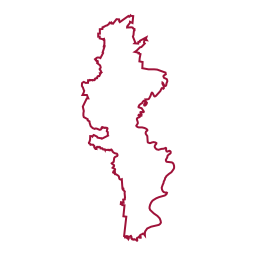 the district of Texistepec, Veracruz, Mexico
{"feature_id": "50627088B36629639951607", "entity_name": "Texistepec", "entity_type": "district", "adm_level": 2, "iso_a3": "MEX", "parent_name": "Mexico", "parent_adm1": "Veracruz", "projection": "natural_earth1", "projection_center": [-94.8, 17.777], "detail": "fine", "context": "isolated", "style": "outline", "palette": "rose", "viewbox_px": 256, "rotation_deg": 0, "n_neighbors": 0, "source": "geoboundaries", "source_scale": "gbopen_adm2", "svg_char_len": 5855}
<svg xmlns="http://www.w3.org/2000/svg" viewBox="0 0 256 256"><path d="M171.9,162.4L166.8,161.8L166.3,161.5L165.9,160.5L165.9,159.7L167.2,157.5L167.5,155.9L168.5,154.7L169.7,154.0L170.7,152.9L170.6,151.6L170.1,151.1L169.3,150.8L167.4,151.6L166.6,151.4L166.1,150.2L166.1,148.2L165.7,147.9L163.7,148.7L161.4,148.9L158.5,149.8L156.6,149.3L155.6,148.4L154.8,147.2L154.7,146.3L155.1,145.2L156.3,143.8L156.4,143.1L155.5,142.5L153.5,142.1L151.4,142.6L150.7,143.0L149.6,143.1L148.0,142.5L147.7,142.0L147.3,136.1L145.8,133.9L145.6,133.0L146.0,131.6L147.3,130.5L147.4,130.2L147.2,129.6L146.2,128.8L144.6,128.0L142.1,127.4L138.8,127.4L138.0,127.2L136.6,126.4L136.3,125.7L137.8,123.4L137.8,122.3L136.9,119.4L136.9,118.8L137.5,117.9L139.6,117.1L139.9,116.6L139.8,116.2L138.5,115.3L138.6,115.0L138.9,114.7L139.5,114.7L140.7,115.6L141.4,115.7L141.6,114.6L141.4,114.0L140.4,112.6L140.4,112.2L140.8,112.0L143.2,112.2L143.7,112.0L143.8,111.5L141.6,108.2L138.6,107.3L138.5,106.9L138.7,106.3L139.3,105.1L140.7,103.9L142.0,103.2L142.9,101.6L143.8,100.8L145.0,101.2L145.2,101.8L145.2,102.6L144.2,104.2L144.1,105.0L144.4,105.5L145.1,105.5L145.7,105.1L146.7,103.7L146.9,102.7L145.4,101.1L145.7,100.3L145.4,99.4L147.8,99.3L148.7,99.0L149.2,98.4L150.5,95.9L151.3,93.6L151.8,92.7L152.2,92.7L152.7,93.2L154.1,96.0L154.5,96.4L155.3,96.3L156.1,95.7L160.3,91.1L161.7,88.2L162.8,88.1L163.3,88.7L163.8,88.3L163.8,86.5L162.4,83.6L162.5,82.6L162.8,82.8L164.1,85.3L165.3,86.0L165.8,85.8L166.2,85.2L166.5,83.3L167.3,81.4L167.2,80.1L166.7,79.1L164.0,77.8L163.4,76.4L163.7,75.6L165.8,74.3L165.5,72.6L157.2,69.6L153.8,69.3L148.3,69.3L142.3,68.2L142.6,62.0L139.4,61.4L139.7,58.1L140.5,54.1L138.6,53.5L138.8,52.8L134.8,51.9L136.6,50.7L140.0,47.3L141.4,47.0L144.8,43.5L144.0,42.6L144.4,39.8L146.8,40.2L145.9,38.8L146.4,37.3L139.9,40.8L139.8,41.8L138.4,41.9L138.2,43.6L134.6,43.3L135.3,42.6L132.9,36.6L133.5,35.0L133.8,31.6L134.1,30.2L134.5,30.2L134.5,29.0L133.2,28.5L132.7,27.6L131.7,27.3L127.1,27.5L127.2,26.4L129.9,22.9L130.0,21.8L132.5,23.0L133.2,16.1L130.8,15.8L130.5,15.4L129.6,16.6L129.0,16.3L129.0,16.7L128.8,16.7L128.1,16.2L119.8,22.1L119.2,21.2L119.1,19.4L116.5,19.2L113.0,23.7L112.2,23.3L111.7,22.8L111.5,23.5L111.2,23.5L109.9,22.5L109.3,23.1L108.6,24.4L107.7,24.8L107.3,25.3L105.4,25.9L104.1,26.8L103.4,26.8L103.1,27.3L102.5,27.4L102.4,29.0L99.8,29.2L99.9,33.6L98.2,33.6L98.2,36.7L99.7,36.7L99.7,38.4L102.7,39.2L103.9,38.9L103.8,40.1L104.4,40.2L104.4,41.8L104.4,44.2L103.8,46.3L104.6,46.3L102.6,52.5L103.1,53.0L100.4,58.1L99.2,57.5L97.6,57.5L96.8,57.8L95.0,59.2L95.6,60.0L96.0,59.6L96.7,61.2L97.6,61.0L97.9,62.1L97.2,63.1L100.1,65.4L100.7,67.3L100.6,67.8L99.6,69.1L100.0,69.9L100.5,70.2L100.8,70.8L100.8,71.3L101.5,72.3L101.1,72.5L101.0,72.9L99.9,73.2L100.3,74.0L99.3,76.1L98.2,76.0L97.6,76.4L97.4,77.2L96.9,77.5L97.0,78.1L96.5,78.1L95.8,78.6L95.3,78.5L94.7,79.2L94.8,79.8L94.3,80.2L93.6,80.1L92.5,80.4L92.3,80.0L90.7,80.1L89.7,79.9L89.4,80.0L89.4,80.5L88.1,80.3L88.0,82.8L85.6,82.9L83.8,81.9L82.3,82.8L82.0,83.4L81.9,85.9L83.0,87.7L83.6,89.6L84.2,90.8L83.6,92.8L82.5,95.0L86.9,95.0L88.3,98.4L86.8,98.4L82.8,106.6L83.8,111.0L83.4,113.3L83.4,115.6L83.8,117.1L87.7,119.2L87.7,120.4L89.5,121.4L89.6,122.8L90.7,126.2L92.7,128.1L94.7,128.9L95.4,128.5L96.7,128.6L99.6,129.8L100.7,129.6L101.6,128.3L101.6,127.6L101.9,127.3L102.4,127.8L102.9,127.2L103.9,127.8L104.8,127.6L104.9,127.9L106.7,127.8L107.3,128.1L107.5,128.7L106.9,130.2L106.8,131.3L107.8,132.1L107.8,135.3L108.0,135.6L101.9,138.7L101.6,138.7L101.1,138.1L100.4,138.2L97.5,137.6L97.1,136.7L94.0,135.1L93.6,135.0L92.5,136.5L92.3,136.2L90.2,136.1L90.1,139.5L89.5,141.8L88.9,142.6L89.0,143.3L90.2,144.0L90.5,144.8L91.7,144.6L93.3,144.8L93.5,145.4L94.2,145.8L94.3,147.4L95.5,149.0L95.8,149.0L95.7,148.5L95.8,148.2L96.5,148.6L96.5,147.3L97.2,146.8L98.2,147.3L99.0,146.8L99.5,147.2L100.1,147.2L100.5,148.4L102.1,148.2L102.5,148.5L102.5,148.9L102.9,149.0L103.2,149.5L104.8,149.4L105.1,150.0L105.2,149.6L105.9,150.0L107.4,149.8L108.2,150.1L108.6,149.8L109.4,150.2L109.9,149.9L110.1,150.2L110.7,149.9L110.8,150.2L111.4,150.3L111.7,149.9L112.2,150.5L112.7,151.7L113.4,152.4L114.7,153.2L116.9,153.7L117.4,154.4L117.5,155.4L117.2,156.0L115.0,157.0L114.2,158.0L113.7,161.8L111.7,163.3L112.5,164.2L113.8,164.9L114.1,165.7L114.0,166.2L112.6,167.8L114.9,169.0L115.1,169.4L114.9,170.2L113.4,171.4L113.1,172.5L113.9,172.9L114.9,171.8L115.0,172.1L114.8,173.8L115.0,174.2L116.1,174.3L118.4,175.8L118.9,176.6L119.2,178.2L119.6,179.1L120.8,179.6L121.8,179.2L122.4,188.1L122.7,188.0L122.8,189.0L123.4,188.9L123.5,189.9L123.4,190.2L124.8,191.5L124.6,193.1L125.0,197.4L124.9,197.5L124.8,199.4L123.2,199.6L123.6,202.6L121.0,202.2L120.8,204.1L122.5,204.2L122.4,205.1L124.5,205.3L123.4,216.3L126.3,216.7L124.1,236.0L124.7,236.1L125.1,237.5L125.7,237.4L125.7,237.1L126.4,236.1L127.4,236.2L127.2,237.6L126.9,237.5L126.8,237.8L127.3,238.3L128.0,238.3L128.4,239.1L128.8,238.4L128.5,237.4L128.9,236.8L130.3,236.6L130.6,236.0L130.9,235.9L131.5,237.0L131.3,238.2L131.9,239.0L132.2,238.8L133.1,239.7L133.8,239.7L134.2,239.2L135.1,239.6L136.0,239.7L136.7,240.6L137.2,240.6L137.3,240.2L136.9,238.9L137.0,238.1L137.2,237.8L138.4,237.4L138.9,236.8L140.0,237.8L140.7,237.7L140.6,236.6L139.9,235.9L140.1,235.2L141.0,234.6L142.1,234.2L142.9,233.6L143.7,233.5L143.9,234.1L144.9,235.4L144.8,234.1L145.1,231.5L147.2,228.5L151.1,226.7L158.8,224.9L160.0,224.0L160.6,223.2L160.9,222.5L160.6,220.8L159.7,218.4L157.5,216.0L153.8,213.4L150.2,210.0L149.5,208.2L149.6,206.8L150.1,204.8L151.1,202.6L152.4,200.8L153.3,200.1L156.2,198.3L159.1,197.1L164.8,195.5L166.4,194.3L167.0,192.8L166.6,192.5L165.4,192.6L163.6,192.0L162.7,191.0L162.0,189.5L161.7,187.7L162.7,184.8L163.5,183.1L163.8,181.4L164.7,179.8L165.3,177.7L165.9,177.1L166.3,176.2L168.7,174.1L171.4,172.2L173.5,169.3L174.1,168.0L174.1,166.0L173.7,164.6L173.2,163.4L171.9,162.4Z" fill="none" stroke="#9f1239" stroke-width="2"/></svg>